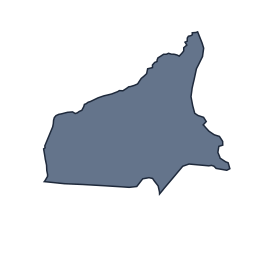 outline of Gbehlay-Geh, Nimba, Liberia, rotated 253°
{"feature_id": "62588387B4114270001160", "entity_name": "Gbehlay-Geh", "entity_type": "district", "adm_level": 2, "iso_a3": "LBR", "parent_name": "Liberia", "parent_adm1": "Nimba", "projection": "robinson", "projection_center": [-8.457, 7.361], "detail": "fine", "context": "isolated", "style": "filled", "palette": "slate", "viewbox_px": 256, "rotation_deg": 253, "n_neighbors": 0, "source": "geoboundaries", "source_scale": "gbopen_adm2", "svg_char_len": 2039}
<svg xmlns="http://www.w3.org/2000/svg" viewBox="0 0 256 256"><g transform="rotate(253 128 128)"><path d="M59.3,213.5L65.5,213.6L67.2,211.4L72.3,207.2L73.2,207.3L78.4,206.8L83.9,209.5L83.9,213.6L87.5,214.6L90.1,213.9L92.4,213.2L93.2,213.0L96.3,208.5L96.8,208.1L98.0,207.1L100.1,205.4L101.4,204.4L105.6,202.4L107.0,201.8L107.5,201.6L109.0,200.8L110.4,203.2L111.3,204.7L114.6,203.8L116.1,203.4L119.5,198.6L122.6,196.1L130.5,196.4L139.6,197.4L140.6,197.9L145.6,200.2L147.2,200.9L151.8,203.5L154.5,205.1L164.7,210.8L168.0,214.0L174.6,220.2L175.1,220.4L182.2,223.7L187.6,223.7L199.6,222.7L199.5,221.0L199.7,220.0L200.3,217.3L198.4,216.8L197.9,215.2L198.1,212.6L196.7,211.0L193.7,210.0L193.4,207.6L190.1,208.5L188.5,204.8L186.0,204.0L185.3,203.7L183.6,201.2L181.8,198.0L182.0,197.8L183.0,196.7L183.6,196.1L184.0,195.3L184.6,194.5L185.1,193.5L185.9,191.1L187.6,188.6L187.3,186.2L188.1,183.6L187.0,179.8L186.3,177.1L184.5,175.7L183.1,175.2L183.0,174.1L182.9,172.7L181.1,169.8L178.6,169.1L178.9,164.1L174.5,161.7L173.1,158.9L171.5,155.1L169.6,152.8L168.4,151.3L168.1,151.1L167.3,149.9L166.9,146.4L166.9,142.4L167.2,140.8L166.2,137.9L166.1,137.6L165.1,134.0L166.3,130.6L165.9,129.3L165.8,128.9L165.3,122.4L165.6,117.2L165.8,114.6L165.6,108.2L164.3,99.7L164.3,97.4L164.2,97.2L163.4,94.8L163.3,93.2L161.3,91.9L159.6,90.2L158.4,89.0L158.1,86.2L157.3,84.0L157.3,81.7L159.6,79.7L160.7,74.7L161.0,68.2L161.3,65.9L160.9,62.8L159.5,60.6L157.2,59.1L153.9,57.8L151.1,56.3L143.2,49.8L135.2,43.2L133.3,42.9L132.7,41.2L125.1,40.2L122.5,39.8L116.9,39.3L116.1,39.2L111.1,37.9L107.0,37.5L105.2,36.9L101.6,32.9L101.2,32.3L93.3,51.0L90.3,59.5L87.3,68.0L79.2,89.9L78.2,92.5L73.4,105.3L70.9,111.8L70.2,115.5L69.5,119.3L75.1,127.2L74.4,133.3L74.4,133.5L72.6,136.7L71.8,137.0L70.1,137.5L63.8,139.9L57.6,139.4L55.7,138.9L59.0,143.9L59.4,144.4L67.0,156.2L75.4,169.1L75.5,170.4L75.5,171.1L75.7,175.8L72.2,184.4L68.2,194.2L67.9,196.4L67.9,196.8L67.1,198.0L66.5,198.9L64.7,199.9L63.6,200.4L58.7,210.1L59.3,213.5Z" fill="#64748b" stroke="#1e293b" stroke-width="1.5"/></g></svg>